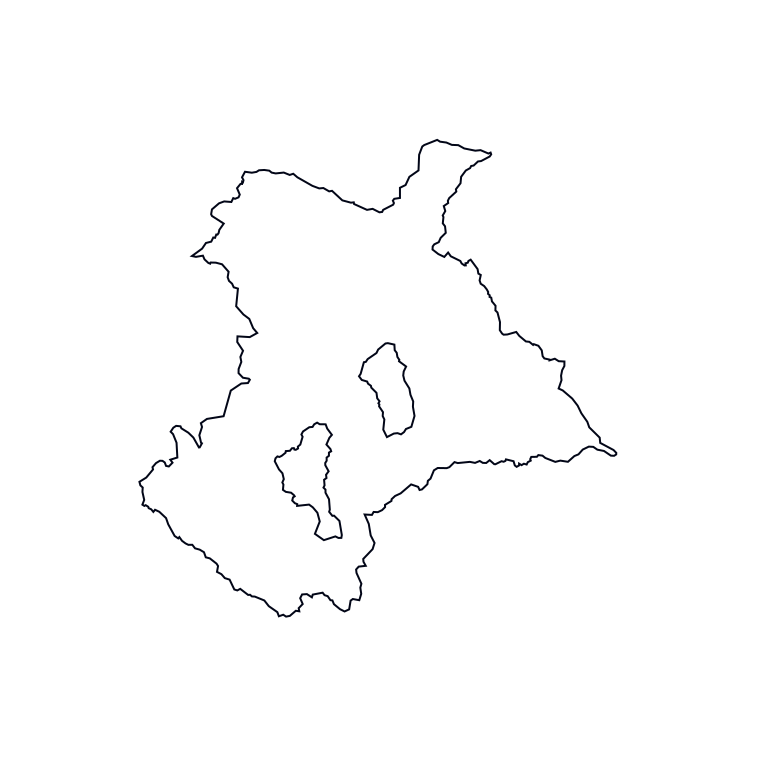 Cañar, Cañar, Ecuador (Natural Earth projection), rotated 120°
{"feature_id": "8360857B37850433241159", "entity_name": "Cañar", "entity_type": "district", "adm_level": 2, "iso_a3": "ECU", "parent_name": "Ecuador", "parent_adm1": "Cañar", "projection": "natural_earth1", "projection_center": [-79.04, -2.473], "detail": "fine", "context": "isolated", "style": "outline", "palette": "ink", "viewbox_px": 768, "rotation_deg": 120, "n_neighbors": 0, "source": "geoboundaries", "source_scale": "gbopen_adm2", "svg_char_len": 6168}
<svg xmlns="http://www.w3.org/2000/svg" viewBox="0 0 768 768"><g transform="rotate(120 384 384)"><path d="M583.6,297.3L577.1,298.8L572.2,302.7L568.3,303.7L561.4,313.3L558.6,315.4L554.8,314.6L550.6,308.9L548.2,312.9L545.9,314.5L532.7,311.3L526.4,312.7L521.8,319.8L512.8,327.2L506.7,335.5L503.4,329.0L500.0,329.0L498.1,325.3L494.2,322.6L490.1,321.5L488.2,322.7L481.6,319.1L479.9,319.8L475.4,318.4L470.4,314.9L457.4,310.3L456.0,303.0L458.0,300.2L456.3,298.4L449.1,296.3L445.9,297.6L442.7,296.4L433.8,297.6L429.9,295.5L425.5,287.6L423.3,285.8L416.4,283.9L415.6,280.6L408.5,270.7L406.8,265.7L402.8,262.6L402.9,259.0L401.3,256.0L397.1,254.4L398.3,248.5L397.8,247.4L392.1,243.6L391.5,241.5L389.9,240.4L388.3,240.7L386.1,233.2L389.1,230.0L389.4,227.7L387.0,226.3L385.4,227.2L385.5,224.3L383.1,223.0L382.4,220.2L379.8,220.4L377.0,218.6L376.0,219.8L373.5,220.0L370.6,215.2L368.4,214.8L366.8,210.9L367.4,207.3L365.8,196.7L362.2,193.0L359.4,185.8L351.2,183.1L347.7,180.4L341.4,179.1L335.8,175.3L333.8,171.3L334.2,166.4L332.0,160.0L332.6,151.7L331.1,148.8L328.9,147.7L327.5,148.4L326.4,152.2L326.9,167.3L322.6,170.4L318.9,184.6L315.1,189.0L310.7,198.4L305.9,205.5L302.5,213.7L300.2,226.0L300.6,230.5L291.9,232.2L288.3,234.8L283.0,236.6L278.2,236.8L274.3,239.0L276.9,244.1L276.7,248.7L280.8,252.5L280.1,252.9L281.7,257.9L280.6,260.5L276.0,264.2L273.7,269.4L274.6,274.2L275.6,274.4L274.8,279.2L276.2,282.4L274.7,290.9L272.8,295.5L279.4,301.9L281.5,305.1L281.3,306.9L279.5,310.6L272.4,314.5L265.3,321.5L264.6,324.3L260.5,326.5L258.5,331.8L255.6,334.3L255.8,336.1L254.3,336.8L253.9,339.0L252.2,339.8L250.7,342.3L249.1,346.2L248.8,350.4L246.5,353.0L241.2,354.7L241.2,357.5L237.7,360.4L233.0,371.1L235.2,372.4L237.1,372.1L238.7,373.8L240.4,372.5L241.1,373.6L240.8,377.0L239.3,379.4L240.0,390.0L238.1,394.2L243.8,395.3L244.3,401.9L243.3,409.2L240.5,410.6L237.9,410.3L233.8,407.5L229.1,408.0L222.2,406.1L216.9,410.0L215.5,413.4L209.7,416.0L208.7,417.4L203.6,417.4L200.0,421.2L195.2,418.9L193.4,420.3L190.4,420.5L181.2,417.6L179.4,419.1L171.9,418.1L166.0,420.8L158.2,419.9L154.0,417.4L151.6,417.5L150.0,415.6L144.3,413.9L142.4,411.4L134.1,406.2L131.5,406.0L130.3,407.4L132.2,408.8L133.2,417.3L136.3,421.6L139.9,432.3L140.0,439.1L143.0,444.8L143.7,450.7L146.1,456.6L146.0,460.0L156.9,468.6L159.2,469.6L167.9,468.2L181.8,460.9L191.9,465.6L200.9,464.8L206.1,468.3L214.9,463.2L218.5,467.7L220.8,468.0L222.3,465.9L224.1,465.7L233.6,471.8L235.9,471.6L237.6,473.8L238.0,481.4L241.7,485.8L243.1,499.9L241.8,501.0L243.5,503.3L245.8,511.9L242.7,525.6L244.6,527.8L244.6,534.5L247.0,537.9L248.2,545.1L248.3,562.4L247.3,567.7L250.1,570.2L251.0,576.5L255.8,583.1L257.1,587.0L256.6,590.0L258.5,594.7L261.4,599.1L264.1,600.5L267.1,604.1L269.7,610.5L276.0,610.3L277.7,607.6L279.8,607.0L279.8,608.0L281.7,607.0L282.4,608.3L287.9,609.2L292.1,603.6L295.1,603.3L298.1,605.6L298.4,607.5L302.7,607.2L305.8,613.7L310.0,617.2L318.8,620.3L323.4,618.6L324.5,617.0L325.2,603.0L332.8,603.7L336.0,602.7L337.9,602.9L338.4,604.0L341.9,603.4L342.5,605.1L347.1,604.8L350.9,608.7L357.7,609.2L369.2,614.3L367.9,610.4L363.4,605.0L365.8,601.8L367.0,596.6L366.7,594.7L365.5,594.9L363.0,590.3L361.3,584.1L364.5,574.7L369.7,572.8L372.2,569.8L373.1,565.7L375.4,562.5L374.4,558.2L390.6,550.9L394.1,540.5L395.0,533.2L401.1,525.2L403.2,519.3L410.5,523.7L416.0,534.7L421.0,532.1L425.7,522.7L432.4,521.9L436.2,518.6L443.7,517.4L447.3,515.4L449.1,509.3L447.0,503.7L447.4,502.3L451.2,502.3L454.9,507.8L466.3,513.4L492.1,506.8L502.8,519.9L509.5,523.0L512.2,520.1L520.7,518.3L526.4,513.0L526.4,512.0L531.0,511.9L531.5,512.5L525.7,522.3L524.0,529.1L523.7,537.3L522.4,539.1L524.2,543.1L527.2,544.6L532.0,544.9L532.9,541.6L538.6,534.3L551.0,526.2L556.4,531.2L557.9,527.8L563.0,529.1L563.9,531.8L561.6,534.6L561.3,537.4L562.5,539.7L566.5,541.9L571.8,542.9L573.5,541.3L583.9,543.1L591.0,546.9L593.6,544.3L594.3,541.2L598.3,539.2L604.3,533.7L609.3,532.9L609.4,530.6L608.1,529.8L608.2,526.8L609.2,525.7L608.9,523.0L610.1,519.8L607.4,519.4L607.0,514.7L609.1,505.7L613.4,500.7L620.3,489.3L620.6,485.0L618.9,484.7L620.8,480.5L621.3,476.2L621.1,473.0L619.1,469.6L620.8,465.5L619.6,460.8L619.7,455.8L623.2,451.7L622.1,447.7L623.3,439.2L624.6,436.7L630.2,434.7L630.0,429.7L631.7,424.8L630.6,419.9L636.8,410.9L636.1,407.8L633.3,406.1L634.6,396.2L633.5,394.6L634.0,392.2L632.7,389.6L631.3,379.4L634.0,372.7L634.9,362.3L637.7,358.9L634.2,355.9L634.4,352.5L631.9,349.6L624.5,347.0L623.2,343.7L620.8,345.8L615.2,344.4L611.4,349.5L607.2,349.7L604.5,345.7L604.8,339.8L602.0,340.4L595.4,332.8L596.6,329.9L595.9,326.7L598.0,322.3L597.2,320.5L599.7,317.3L601.0,309.5L600.7,304.4L596.6,301.5L588.3,304.6L585.8,303.5L583.6,297.3ZM522.1,367.6L524.0,362.8L523.0,361.4L524.9,354.1L535.9,345.0L538.6,344.0L540.1,346.5L540.3,349.9L549.3,358.0L548.3,368.9L535.2,370.9L528.8,377.3L526.4,384.0L525.9,388.6L533.0,398.3L531.4,399.1L531.8,401.6L530.8,405.2L527.7,406.1L525.9,405.2L525.3,406.4L524.6,410.1L526.5,415.1L526.2,418.6L521.4,420.8L520.1,422.8L516.5,423.2L512.1,427.3L510.5,432.2L505.5,440.0L502.6,440.8L500.0,440.1L499.5,438.1L497.4,436.7L492.8,434.9L491.2,435.5L488.9,432.1L485.7,431.6L484.6,430.0L485.6,428.8L485.1,427.5L482.8,426.2L481.3,427.3L478.3,426.2L470.4,428.1L469.0,430.3L465.6,430.4L458.8,427.1L456.9,424.4L453.8,424.3L450.9,422.6L451.0,419.6L448.1,414.4L451.0,410.9L454.1,403.7L457.9,404.4L465.2,403.6L467.1,397.9L468.7,396.1L470.9,397.4L473.7,395.8L476.4,396.9L479.1,395.3L481.8,395.4L483.7,394.2L487.3,388.3L491.6,388.8L494.2,386.8L496.9,388.0L501.5,384.8L504.0,384.6L504.7,381.9L507.4,380.3L511.3,374.0L519.9,368.1L522.1,367.6ZM396.4,341.6L407.4,338.9L412.0,342.5L415.6,342.6L419.1,344.1L419.8,347.7L422.0,350.7L428.5,354.9L423.9,361.8L414.5,366.0L412.4,369.1L408.9,370.8L405.8,377.1L404.0,377.8L403.5,379.2L401.2,379.2L399.8,382.7L395.4,386.1L393.5,393.2L392.1,394.4L391.7,398.0L390.3,399.8L391.6,405.3L389.8,409.5L386.9,409.3L375.2,412.3L373.9,410.8L370.6,410.6L360.9,406.0L357.1,406.3L348.2,403.0L346.7,401.1L344.7,394.7L349.4,391.6L350.6,388.6L353.9,385.9L355.4,382.8L356.8,382.4L357.8,373.6L363.3,373.2L367.0,371.6L370.9,367.9L375.2,359.8L380.1,355.7L384.5,350.0L389.2,347.6L396.4,341.6Z" fill="none" stroke="#020617" stroke-width="2"/></g></svg>